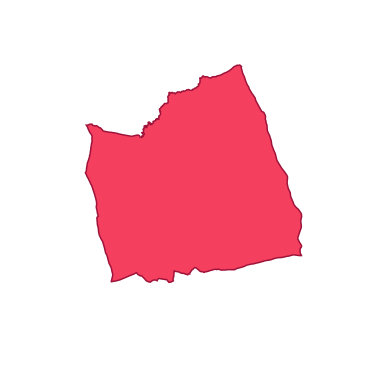 outline of Toca, Boyacá, Colombia, rotated 319°
{"feature_id": "7082276B782512497823", "entity_name": "Toca", "entity_type": "district", "adm_level": 2, "iso_a3": "COL", "parent_name": "Colombia", "parent_adm1": "Boyacá", "projection": "natural_earth1", "projection_center": [-73.168, 5.579], "detail": "fine", "context": "isolated", "style": "filled", "palette": "rose", "viewbox_px": 384, "rotation_deg": 319, "n_neighbors": 0, "source": "geoboundaries", "source_scale": "gbopen_adm2", "svg_char_len": 6049}
<svg xmlns="http://www.w3.org/2000/svg" viewBox="0 0 384 384"><g transform="rotate(319 192 192)"><path d="M101.5,232.7L104.3,232.9L104.9,233.1L106.7,234.4L107.4,236.1L109.0,235.5L110.1,235.4L114.2,240.3L115.4,241.5L115.3,244.8L115.4,245.1L115.9,245.5L117.2,246.2L118.6,246.6L119.7,246.8L120.0,246.1L120.8,245.0L121.2,244.7L122.1,244.3L123.6,243.1L124.7,241.7L125.6,241.1L126.6,240.0L126.8,239.9L127.6,241.3L129.5,243.5L130.5,245.9L130.9,246.6L132.6,248.2L133.1,249.5L134.5,251.7L134.9,251.5L135.3,251.5L135.9,251.8L136.5,252.4L137.4,251.6L138.3,251.5L139.5,251.0L140.0,251.1L140.5,250.8L141.1,250.7L141.9,251.0L143.4,250.8L144.4,250.8L145.4,252.1L145.6,254.0L145.9,255.0L145.9,256.2L146.2,257.4L146.6,258.1L147.8,259.2L148.1,260.3L148.7,260.7L149.7,261.0L151.0,261.9L151.6,262.0L153.1,262.9L154.1,263.1L156.1,264.2L157.8,264.9L158.6,265.4L159.2,265.9L159.9,266.9L161.3,267.5L162.5,269.7L163.6,270.8L164.2,271.2L166.5,273.2L167.7,273.8L173.2,278.6L176.0,279.2L176.3,279.5L181.7,282.1L185.5,283.2L189.1,285.1L191.3,286.6L193.8,287.8L196.9,289.5L198.6,290.2L200.4,291.2L201.3,291.4L205.4,293.9L206.2,294.5L211.9,296.8L213.3,297.8L214.2,298.2L214.4,298.4L215.4,299.3L217.4,300.7L221.0,302.6L222.9,303.8L227.1,305.8L228.3,307.0L231.0,310.1L232.9,311.8L233.1,311.5L233.2,310.4L233.7,309.0L234.2,308.2L236.1,306.1L236.8,305.6L237.4,305.6L238.8,305.1L239.1,304.9L239.4,304.4L239.8,303.0L240.1,300.7L240.9,297.5L241.4,296.4L241.9,295.9L246.4,293.2L251.3,290.4L252.6,288.9L254.3,286.2L255.7,284.6L258.7,282.4L260.0,280.5L260.4,279.4L260.9,274.9L260.5,271.8L260.6,268.9L260.9,267.7L261.5,266.3L263.5,260.1L265.8,256.8L266.3,254.7L267.2,252.0L268.5,249.6L269.9,247.3L273.2,244.2L274.1,243.1L274.6,241.5L275.0,238.3L275.3,232.6L276.8,223.9L279.9,217.9L281.4,213.2L283.1,208.8L285.5,205.1L287.6,200.2L288.9,195.5L290.2,193.6L292.0,191.3L292.7,190.2L293.2,188.6L294.4,186.9L294.8,185.7L295.5,184.7L296.9,183.5L297.6,182.1L298.4,179.2L298.3,178.6L297.7,177.4L297.5,176.7L299.6,167.0L300.3,164.3L301.2,162.8L301.5,161.3L301.8,158.6L301.8,157.4L302.9,151.6L303.6,150.2L304.1,147.2L304.9,144.5L307.0,139.6L308.2,135.5L310.8,130.3L311.7,129.8L311.4,127.5L310.3,127.1L309.1,125.8L307.6,125.7L306.6,125.1L305.5,125.0L302.0,125.1L299.1,124.8L296.3,124.2L293.5,123.2L292.2,123.0L289.9,122.4L286.9,120.8L286.4,120.7L286.1,120.9L285.8,120.8L284.2,119.3L283.0,118.5L282.6,118.3L281.5,118.5L280.4,117.6L280.0,117.1L279.6,116.5L279.4,115.6L279.0,115.0L278.0,114.0L276.8,113.5L276.7,113.2L276.8,112.1L276.5,111.6L275.5,111.6L274.3,112.2L273.7,112.3L273.1,112.0L273.1,111.2L272.8,111.1L272.4,111.4L272.3,111.9L271.2,113.0L271.1,113.5L270.3,114.0L269.5,114.8L268.8,115.1L267.7,114.7L267.5,114.9L267.2,115.7L266.7,116.1L266.4,116.2L264.8,115.9L264.0,116.3L263.3,116.1L262.5,115.5L260.7,115.6L260.1,115.0L259.7,115.0L259.0,115.3L258.7,115.2L257.2,113.9L257.0,113.6L256.9,112.8L256.8,112.5L255.9,112.2L255.5,111.6L255.3,111.5L254.3,111.5L252.7,111.1L252.4,110.9L252.0,110.2L251.4,110.2L250.5,109.4L249.5,109.5L248.6,109.4L248.5,109.2L248.5,108.7L248.3,108.3L247.5,107.8L246.8,107.0L243.8,106.9L243.7,106.6L243.9,105.9L243.8,105.7L242.9,105.2L242.7,104.9L242.3,103.7L241.1,103.7L240.5,102.2L239.9,101.9L239.7,102.0L239.4,102.8L238.9,102.9L238.8,103.8L238.5,103.8L238.1,103.6L236.8,104.0L236.2,104.3L235.6,105.2L235.2,106.0L233.9,107.2L233.4,108.1L232.3,108.9L231.6,108.6L230.7,108.5L229.7,107.4L229.4,107.3L228.5,107.3L227.5,107.7L227.2,107.7L226.6,107.4L226.2,107.9L224.8,107.6L224.4,107.6L223.2,108.3L222.9,108.3L222.2,108.0L221.9,108.1L221.4,108.5L221.5,108.7L221.2,109.5L220.8,109.8L221.1,110.4L220.5,110.5L220.2,110.8L220.3,111.2L220.2,111.5L219.5,112.4L219.1,112.7L217.8,113.1L217.3,112.8L217.0,112.9L216.8,113.3L216.4,113.4L215.9,114.1L215.6,114.0L215.3,114.1L214.6,115.2L214.0,114.6L214.1,114.2L213.2,113.5L212.9,113.8L212.2,113.5L211.5,114.3L209.5,113.4L208.9,113.3L208.7,113.4L208.7,114.1L208.3,114.4L207.7,114.5L207.0,114.4L206.7,113.9L206.4,113.8L206.1,113.9L205.9,114.6L205.5,114.3L205.1,114.3L204.9,114.1L205.1,113.6L205.0,112.9L205.3,112.5L205.6,112.5L205.9,112.0L205.7,111.4L205.0,110.7L204.6,110.7L204.2,111.0L204.0,112.2L203.1,112.5L201.7,112.2L201.6,112.7L201.4,112.9L201.0,113.0L200.2,113.6L199.9,113.5L199.9,113.3L200.2,112.2L200.3,111.3L199.4,110.9L199.1,110.9L198.8,111.3L199.0,111.7L198.9,112.4L197.8,112.2L197.5,112.2L197.2,112.8L196.4,112.5L196.2,112.6L196.0,113.4L194.5,115.3L194.1,115.2L193.6,114.5L193.0,114.3L192.9,114.6L193.1,115.1L193.5,115.5L193.7,116.1L194.2,116.6L194.1,117.1L193.2,117.2L192.9,117.2L192.6,116.8L192.2,116.7L191.8,117.1L191.4,118.0L191.2,118.0L191.1,117.3L191.0,117.0L190.8,116.9L190.4,117.2L190.2,117.8L189.7,117.7L188.9,116.4L189.3,114.9L188.7,113.7L187.5,112.8L183.5,110.7L183.0,110.4L177.4,103.5L174.1,99.1L174.2,98.9L172.7,97.1L172.5,96.7L171.9,96.1L170.2,94.0L168.4,92.2L166.1,89.2L164.9,87.4L165.1,86.3L165.0,83.7L164.0,81.9L164.0,81.3L163.5,79.4L163.1,79.0L162.1,78.6L161.9,78.4L161.8,77.9L161.6,77.6L160.9,76.8L160.8,76.6L160.9,76.1L161.0,75.1L160.8,74.9L159.3,73.8L157.3,73.2L156.1,72.2L155.8,74.1L154.6,77.5L154.0,79.8L153.6,83.3L153.1,84.4L152.5,85.1L151.5,86.0L150.3,87.6L149.3,88.6L147.7,89.7L145.9,91.4L144.7,92.2L144.7,92.3L143.1,93.8L141.5,95.1L140.1,96.4L139.2,97.1L138.6,97.2L137.6,98.4L136.5,99.0L136.3,99.0L135.0,99.9L132.2,101.4L130.9,102.4L130.1,103.2L128.3,104.6L126.0,106.8L125.2,107.3L124.3,107.4L123.0,111.4L122.5,113.8L121.4,117.9L120.8,119.5L120.7,120.9L116.8,130.2L114.1,135.7L112.8,137.7L111.6,139.1L110.1,140.2L108.8,142.3L108.0,144.1L107.5,144.6L106.1,147.1L105.5,148.7L104.5,148.8L103.7,148.8L103.0,149.4L99.2,154.6L97.6,157.7L95.2,161.0L93.7,163.9L92.6,167.7L92.0,170.9L89.7,175.9L86.8,181.4L86.3,183.9L82.6,191.4L81.7,195.0L81.2,196.5L79.5,199.4L78.8,200.9L78.1,202.2L77.5,202.9L74.7,204.9L73.1,206.1L72.7,206.2L72.3,206.8L76.6,209.4L79.9,211.0L90.3,214.4L91.2,214.7L91.5,214.9L92.8,215.1L93.5,215.6L96.9,216.4L97.2,216.6L97.0,218.4L97.6,220.6L98.2,221.6L98.5,221.8L99.0,221.9L99.3,226.7L99.2,228.5L99.4,229.5L100.5,231.7L101.5,232.7Z" fill="#f43f5e" stroke="#9f1239" stroke-width="1.5"/></g></svg>